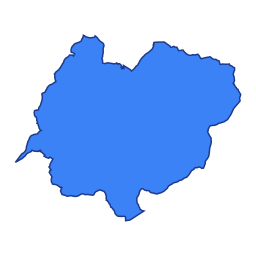 outline of Dumitra, Bistrita-Nasaud, Romania
{"feature_id": "2599482B84114248322814", "entity_name": "Dumitra", "entity_type": "district", "adm_level": 2, "iso_a3": "ROU", "parent_name": "Romania", "parent_adm1": "Bistrita-Nasaud", "projection": "albers", "projection_center": [24.426, 47.212], "detail": "fine", "context": "isolated", "style": "filled", "palette": "blue", "viewbox_px": 256, "rotation_deg": 0, "n_neighbors": 0, "source": "geoboundaries", "source_scale": "gbopen_adm2", "svg_char_len": 5673}
<svg xmlns="http://www.w3.org/2000/svg" viewBox="0 0 256 256"><path d="M164.2,42.0L163.0,42.1L158.2,42.1L154.0,42.4L153.6,43.1L153.9,43.7L154.0,44.5L153.4,44.6L153.2,45.5L153.5,46.5L152.1,49.1L151.5,49.9L151.0,50.1L149.5,51.5L148.1,52.7L146.6,53.5L145.9,54.1L144.9,54.8L143.5,56.5L142.8,57.0L141.7,58.2L139.9,60.8L139.2,62.3L138.2,64.1L137.9,64.9L135.9,66.4L134.4,68.5L132.6,70.2L131.5,71.0L130.1,69.5L123.7,65.6L123.8,66.1L123.8,67.0L124.0,67.9L123.8,68.5L123.0,67.7L122.6,66.8L122.4,66.8L122.2,67.5L122.4,68.3L122.3,68.6L122.0,68.8L121.8,68.7L121.3,68.0L121.2,67.1L121.5,65.4L121.1,65.3L119.6,63.7L118.6,63.7L118.2,64.2L117.8,64.1L117.4,63.8L117.2,63.3L116.8,62.9L116.5,63.0L116.1,63.5L115.8,63.5L115.4,63.8L114.2,63.7L113.6,63.9L112.8,63.6L107.7,62.8L104.6,63.6L104.2,63.6L102.7,63.1L102.5,62.4L102.6,60.9L102.4,59.7L102.0,58.8L102.1,57.9L102.6,56.6L102.7,55.1L103.2,52.5L103.2,51.5L103.1,50.3L103.2,48.4L104.0,45.6L103.5,43.9L102.9,43.1L99.9,41.0L97.9,38.7L97.7,38.2L96.7,37.2L96.3,36.8L95.1,35.9L94.8,36.9L93.8,37.4L89.7,37.9L85.6,36.7L84.6,35.8L84.0,35.7L83.4,35.3L83.2,36.9L82.8,37.2L82.7,37.9L81.7,39.3L81.4,40.6L80.9,41.3L77.9,42.7L76.1,43.2L75.0,43.7L74.0,44.4L72.0,46.9L71.6,47.7L71.0,50.1L71.1,51.0L71.3,51.8L71.2,52.2L73.1,52.7L74.7,54.0L73.5,56.1L72.6,55.1L69.7,55.0L68.2,56.7L65.6,58.3L64.1,60.4L63.5,62.5L62.5,63.8L62.1,64.7L60.0,68.2L59.8,68.2L58.7,69.8L56.0,71.9L54.8,73.6L54.5,73.7L54.4,74.1L54.8,75.0L54.8,77.6L55.4,80.2L55.9,81.2L55.8,81.6L55.7,81.8L55.1,82.0L52.2,84.1L50.6,84.6L49.1,85.5L48.2,86.5L47.2,87.7L46.7,89.1L46.1,89.9L45.0,92.2L42.5,93.2L42.0,93.6L41.9,94.8L42.2,95.5L42.3,96.5L42.2,99.2L41.8,100.9L40.5,105.0L40.3,105.6L39.0,107.4L38.7,108.2L38.4,109.7L38.2,110.0L36.4,110.1L34.8,110.5L34.5,111.0L34.2,112.5L34.5,115.3L35.5,116.9L35.8,116.9L36.2,117.2L36.6,118.0L36.8,119.6L36.7,120.4L37.4,121.6L37.4,122.2L37.2,122.5L36.9,123.2L37.2,123.3L37.7,123.7L38.2,124.5L38.2,125.2L38.9,126.9L39.0,127.9L39.7,129.1L40.3,129.9L41.2,130.5L40.1,130.8L39.6,131.3L39.4,131.6L38.1,132.8L37.7,133.7L36.5,134.2L35.3,134.2L34.2,134.5L33.5,134.6L32.7,135.2L31.4,135.5L30.5,136.5L29.5,137.9L29.2,139.2L28.0,141.4L27.3,143.6L27.2,144.6L26.5,146.2L26.4,147.3L26.2,149.1L25.3,151.0L23.9,152.6L21.7,154.0L15.4,162.3L22.2,158.5L24.3,156.6L24.7,156.4L26.8,153.8L27.8,153.0L30.9,151.7L31.5,151.2L31.9,150.2L34.1,151.1L37.0,151.4L38.8,151.4L38.9,150.7L39.9,151.0L40.0,150.3L40.3,150.2L40.7,150.5L40.7,151.7L42.3,152.6L42.8,153.3L45.0,155.1L44.0,156.1L46.4,157.5L48.8,158.2L49.8,157.1L52.9,159.0L50.2,163.9L50.0,164.4L49.8,166.2L49.4,166.9L49.0,167.0L51.1,170.0L50.5,170.3L50.0,170.4L49.9,171.1L49.2,172.3L52.0,176.8L51.5,178.1L51.3,179.0L51.3,181.3L51.8,182.7L52.8,183.9L52.7,184.1L53.2,184.3L53.9,184.3L56.5,184.7L60.2,187.3L60.2,187.0L61.9,187.5L60.6,190.6L60.5,190.9L61.6,193.6L62.1,194.5L62.6,194.4L63.3,194.9L65.2,195.3L66.2,195.9L67.2,196.2L68.4,196.2L69.6,195.7L71.2,195.7L73.1,196.2L74.2,196.1L74.9,196.5L77.2,196.2L79.0,195.5L79.3,195.1L80.9,194.3L81.9,193.9L83.1,193.8L83.7,193.9L84.4,194.4L84.9,194.6L87.9,194.5L92.7,195.2L93.7,194.9L95.0,192.5L95.7,191.8L96.2,191.4L96.6,191.4L98.5,190.4L100.6,189.9L102.2,190.8L103.8,191.2L104.4,191.8L105.3,193.3L105.8,194.4L106.3,196.8L106.1,198.7L106.5,199.2L106.6,199.8L106.4,200.3L107.3,200.4L107.5,200.9L107.6,201.3L108.3,201.9L109.0,202.9L109.2,203.4L109.1,203.8L109.9,204.2L110.8,207.2L111.5,207.4L112.7,208.6L113.3,209.8L114.2,210.4L114.3,210.9L115.3,213.9L117.2,215.8L118.4,216.3L120.3,216.3L121.9,216.5L123.4,216.2L125.3,216.6L125.5,217.2L125.6,220.7L130.0,220.0L143.9,211.0L142.1,210.6L140.0,209.2L139.9,208.3L138.8,206.5L138.6,205.6L138.6,205.4L138.5,205.0L137.0,202.7L136.8,199.0L136.9,197.4L137.5,196.9L139.0,194.1L139.5,191.7L140.8,189.4L142.1,188.6L143.5,189.0L144.3,189.9L146.7,190.7L147.4,190.6L149.0,190.6L149.2,191.1L150.5,192.4L152.3,193.0L153.8,193.0L154.9,193.7L156.2,193.6L156.8,193.9L157.8,193.8L158.6,193.4L160.2,192.9L160.8,192.9L161.2,192.6L163.7,191.4L167.5,188.1L167.6,187.4L168.8,185.8L171.4,184.3L172.3,183.9L173.2,183.0L174.0,182.7L175.6,182.4L178.4,181.4L178.9,180.7L179.4,180.5L181.6,180.0L183.3,178.8L184.3,178.0L186.8,177.2L189.3,174.2L191.5,170.7L192.7,169.9L193.6,169.5L195.3,167.5L195.8,167.7L197.1,167.7L199.5,166.9L201.6,168.1L201.7,168.3L203.5,168.1L203.6,167.6L204.2,166.6L204.5,165.2L204.8,164.8L205.2,163.8L205.3,162.8L205.2,162.2L205.4,161.1L207.3,158.7L208.5,156.7L208.8,156.0L209.3,152.5L209.7,148.2L211.0,143.7L211.3,141.1L210.9,138.4L211.1,138.1L209.5,135.6L208.0,132.7L207.6,131.5L208.2,130.7L208.1,129.6L209.2,127.2L210.0,125.9L212.9,125.3L214.3,125.4L217.0,124.5L217.5,124.2L218.4,123.4L220.6,122.9L224.0,121.8L227.5,119.6L231.0,114.3L233.8,108.3L239.7,101.5L240.1,100.7L239.7,99.3L239.7,97.9L239.8,97.3L240.5,95.5L240.6,94.3L238.7,91.3L238.0,89.4L236.5,88.5L236.3,87.6L235.4,86.8L234.5,85.3L234.4,84.3L233.6,84.2L233.2,83.4L234.2,81.7L234.5,80.1L234.2,78.5L234.1,77.7L234.1,77.0L234.0,76.4L233.4,75.2L233.2,73.9L233.6,73.0L234.0,71.4L234.6,70.2L234.4,68.8L234.6,68.7L234.7,68.1L234.4,67.7L233.0,67.0L231.6,65.9L231.0,65.8L230.4,65.4L229.9,65.3L229.4,64.0L228.1,64.2L224.7,64.2L222.4,64.0L221.2,64.4L220.0,64.3L219.1,60.9L216.9,60.2L216.2,59.5L215.3,59.3L214.5,59.4L213.0,59.1L210.0,56.7L209.0,57.1L206.5,57.4L201.4,58.7L201.0,58.3L200.8,58.5L200.6,58.4L199.9,57.2L199.7,56.6L199.2,55.9L198.9,55.3L198.2,54.9L198.0,54.4L197.6,54.2L196.2,54.7L194.2,55.0L193.4,54.7L192.7,54.7L191.2,55.3L189.4,55.3L188.6,55.1L186.2,53.7L185.4,52.9L184.5,52.1L182.9,50.0L181.8,50.1L180.5,50.5L178.5,50.6L177.7,48.7L176.8,47.2L174.7,47.1L174.0,46.4L173.6,46.4L172.5,46.8L171.9,47.3L170.5,47.3L170.4,46.8L169.9,46.0L164.2,42.0Z" fill="#3b82f6" stroke="#1e3a8a" stroke-width="1.5"/></svg>